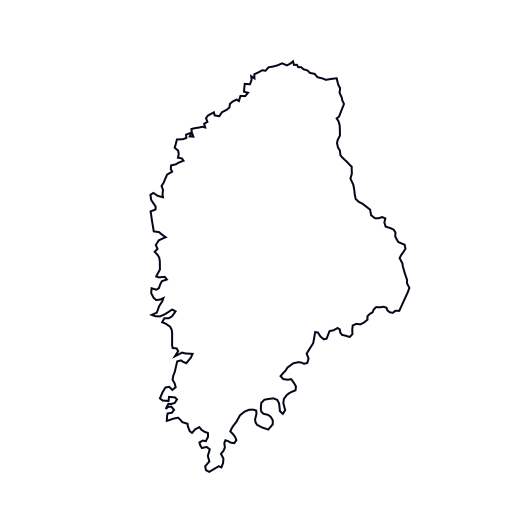 Santo Antônio da Platina, Paraná, Brazil (Natural Earth projection), rotated 230°
{"feature_id": "56859067B54951123385144", "entity_name": "Santo Antônio da Platina", "entity_type": "district", "adm_level": 2, "iso_a3": "BRA", "parent_name": "Brazil", "parent_adm1": "Paraná", "projection": "natural_earth1", "projection_center": [-50.102, -23.287], "detail": "fine", "context": "isolated", "style": "outline", "palette": "ink", "viewbox_px": 512, "rotation_deg": 230, "n_neighbors": 0, "source": "geoboundaries", "source_scale": "gbopen_adm2", "svg_char_len": 4589}
<svg xmlns="http://www.w3.org/2000/svg" viewBox="0 0 512 512"><g transform="rotate(230 256 256)"><path d="M121.9,330.5L130.9,349.4L133.0,353.0L138.1,354.1L140.5,356.3L146.7,358.7L149.6,360.0L153.7,361.8L156.4,363.5L159.3,364.0L162.1,364.7L163.4,367.8L164.1,370.8L165.5,375.2L169.1,377.1L175.1,374.0L178.1,374.5L181.3,375.1L184.4,377.9L187.5,378.4L190.2,377.3L195.2,374.2L199.2,375.9L201.6,379.2L204.7,377.7L206.2,374.0L208.5,371.4L213.2,370.4L218.2,373.2L225.3,371.7L228.1,371.0L231.2,369.6L235.5,369.0L239.7,371.2L243.2,373.6L248.1,376.4L251.7,377.3L254.6,378.1L257.5,382.4L260.7,384.9L262.9,386.7L265.6,386.4L270.4,386.1L276.1,385.4L278.8,385.4L283.0,388.1L286.3,388.5L290.4,390.6L292.3,393.0L294.3,397.7L299.3,401.8L302.2,404.0L306.0,405.8L309.5,406.2L309.4,409.2L315.9,421.1L319.6,422.1L322.5,423.6L327.3,424.9L330.5,428.3L334.1,429.0L340.3,432.0L343.0,427.9L346.1,422.7L348.8,421.4L353.5,418.0L357.8,418.0L361.6,415.0L365.0,414.7L368.6,412.4L371.5,412.0L373.6,409.7L376.1,410.3L378.0,407.9L381.3,409.5L381.3,406.2L382.1,402.3L386.8,399.8L388.3,394.8L390.4,390.4L392.5,386.9L391.8,382.3L394.2,380.3L395.1,376.1L396.3,371.5L393.1,369.0L396.8,367.9L393.8,365.9L391.4,361.8L395.1,358.0L391.7,354.5L389.6,352.4L386.2,354.8L385.4,350.5L388.6,347.0L385.7,342.5L388.3,341.7L389.3,337.4L389.3,333.8L386.9,331.2L386.8,327.7L388.0,322.4L386.7,317.7L390.3,314.7L393.1,316.1L394.5,309.5L393.7,306.3L390.0,305.0L390.6,301.2L387.1,299.7L389.6,297.8L390.9,295.1L393.3,291.2L394.8,288.2L391.9,286.2L393.9,280.4L391.2,278.5L392.5,275.0L396.1,270.3L393.0,266.0L391.2,263.3L386.8,264.1L383.7,262.3L381.5,259.4L378.4,261.9L375.6,261.7L377.3,256.5L377.8,253.4L380.0,249.2L377.5,246.7L374.5,245.9L375.5,240.2L373.5,236.2L371.5,232.3L370.3,228.6L366.5,227.3L363.4,224.1L360.8,222.5L365.2,219.4L370.3,217.9L370.7,214.4L366.2,211.7L358.4,210.9L356.2,208.9L357.9,203.9L353.9,201.5L349.9,199.0L345.1,196.2L340.6,193.5L336.4,197.2L333.6,197.5L328.4,198.9L329.3,196.0L330.5,191.6L328.8,186.3L324.7,185.1L324.4,181.1L319.9,181.3L316.9,180.8L313.6,178.8L311.2,176.8L307.4,173.7L304.5,166.4L302.2,167.7L298.7,172.7L295.3,172.6L297.2,167.7L295.9,164.5L293.8,161.0L294.2,158.0L298.4,155.3L294.9,151.8L289.8,150.7L286.4,151.2L284.1,154.8L283.3,158.0L281.5,155.0L279.9,149.7L276.4,143.6L277.9,138.3L274.4,140.3L271.4,143.7L270.0,148.6L269.4,152.7L268.9,157.3L265.3,158.8L263.8,153.0L264.3,149.3L267.2,145.8L265.6,141.5L262.3,143.3L256.9,144.8L253.7,144.0L251.0,142.3L245.0,137.3L241.8,134.5L239.1,133.0L236.2,135.8L233.1,135.2L231.3,129.4L229.5,137.3L226.8,139.2L221.8,144.5L220.0,140.7L218.7,133.7L221.8,132.1L224.3,131.4L225.9,127.9L222.4,123.2L219.5,119.4L217.5,115.7L214.9,112.6L210.7,111.8L207.1,110.1L207.2,105.8L211.6,105.4L213.5,102.0L211.6,96.6L208.7,90.9L205.2,91.6L201.2,95.9L204.0,98.8L199.8,103.0L196.9,103.3L195.7,99.3L197.1,95.9L199.1,93.9L196.9,88.6L196.8,91.9L195.0,94.3L190.8,94.3L190.0,90.7L192.2,87.1L190.2,84.6L187.0,81.7L184.2,88.8L182.2,92.4L179.5,92.7L176.0,92.8L171.5,95.7L169.1,94.2L164.3,92.6L161.6,93.3L162.3,98.1L161.3,102.6L157.9,102.5L154.4,103.6L151.3,105.4L148.3,103.0L146.4,98.5L148.8,96.6L149.5,92.8L146.9,91.6L143.7,91.1L141.4,95.5L137.6,96.3L133.8,90.6L131.0,89.3L128.6,88.2L127.6,81.9L124.1,80.0L120.7,81.4L119.8,86.9L118.9,92.3L116.3,93.6L118.5,97.6L121.7,100.8L127.0,102.0L127.6,105.6L129.2,109.0L133.1,111.5L134.5,114.1L132.1,115.6L129.2,116.7L126.6,119.1L127.6,122.6L130.8,123.7L133.9,123.9L138.2,123.6L139.6,126.6L140.6,129.8L141.5,134.1L144.3,141.5L144.1,147.3L142.6,152.0L139.9,155.3L137.4,156.8L134.7,154.8L131.4,150.2L128.8,148.7L125.9,148.3L120.6,150.5L115.2,153.8L116.3,160.7L119.5,163.3L123.4,163.9L126.6,163.1L130.3,160.3L133.4,160.0L136.0,161.6L140.1,165.6L140.5,170.1L138.3,173.9L135.8,177.8L132.1,179.8L128.2,178.9L125.0,176.8L121.8,174.6L117.8,175.1L119.2,179.3L125.8,182.4L128.6,185.5L129.7,190.1L129.6,193.2L128.9,196.3L127.7,199.9L130.3,202.7L133.7,203.4L139.0,203.8L140.8,200.8L144.1,197.8L148.2,197.6L148.9,201.9L149.2,205.0L150.3,208.4L149.9,215.4L147.5,220.1L145.4,222.1L142.6,223.5L141.1,226.5L143.7,230.4L148.7,232.1L150.2,236.7L152.4,243.7L155.5,247.5L159.7,252.5L157.5,254.2L152.8,253.6L148.6,254.4L147.3,256.9L151.2,264.1L149.3,267.6L148.4,272.2L146.0,273.0L143.1,271.3L140.3,271.2L137.9,273.0L133.7,275.8L134.2,279.7L137.6,282.3L140.6,285.4L139.6,289.1L136.5,292.1L135.6,296.0L135.6,300.5L138.2,302.6L138.5,305.9L137.9,309.0L139.4,311.9L139.6,315.3L137.2,317.7L135.1,321.1L132.5,322.7L129.9,321.7L126.9,322.3L124.5,324.3L124.5,327.5L121.9,330.5ZM391.9,286.2L387.7,284.7L390.2,282.1L391.9,286.2Z" fill="none" stroke="#020617" stroke-width="2"/></g></svg>